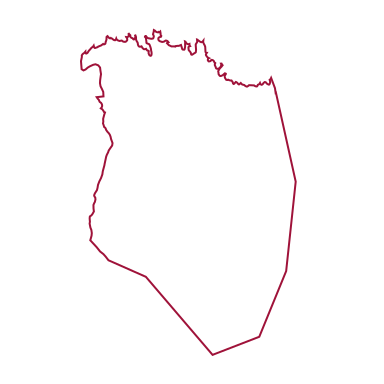 outline of Aconibe, Wele-Nzás, Equatorial Guinea, rotated 357°
{"feature_id": "11065452B89932418637458", "entity_name": "Aconibe", "entity_type": "district", "adm_level": 2, "iso_a3": "GNQ", "parent_name": "Equatorial Guinea", "parent_adm1": "Wele-Nzás", "projection": "equal_earth", "projection_center": [10.91, 1.339], "detail": "fine", "context": "isolated", "style": "outline", "palette": "rose", "viewbox_px": 384, "rotation_deg": 357, "n_neighbors": 0, "source": "geoboundaries", "source_scale": "gbopen_adm2", "svg_char_len": 5657}
<svg xmlns="http://www.w3.org/2000/svg" viewBox="0 0 384 384"><g transform="rotate(357 192 192)"><path d="M92.6,46.5L91.7,47.5L90.8,48.0L90.4,48.3L89.8,48.8L89.1,49.8L89.1,51.0L89.0,51.7L88.0,55.5L88.2,63.6L90.0,64.9L92.1,64.1L94.4,62.3L96.7,61.1L100.0,59.8L102.3,59.4L105.0,60.6L106.7,62.9L106.9,65.8L107.3,69.6L106.9,71.4L106.1,75.7L105.8,78.5L106.2,81.6L107.6,84.8L108.6,87.4L108.6,91.9L101.8,92.3L102.7,93.8L103.7,95.0L104.5,97.1L104.8,97.4L105.5,97.9L105.9,98.3L106.6,99.6L106.7,100.1L106.8,101.3L106.7,101.7L106.4,102.5L105.9,103.2L105.3,103.7L105.5,103.9L106.4,104.4L107.0,105.1L107.9,106.5L108.3,107.5L109.3,108.0L108.4,110.2L107.1,114.3L107.1,117.2L106.7,118.9L107.1,120.0L107.7,122.5L108.5,123.1L109.1,124.0L109.4,125.3L110.6,127.3L112.1,129.1L113.0,130.7L113.6,132.7L113.9,134.7L115.2,139.0L114.7,141.4L113.2,143.3L111.0,146.2L110.3,148.0L108.9,150.4L108.1,152.3L107.5,154.6L106.2,159.4L105.9,160.8L104.0,166.6L103.4,169.7L101.9,173.3L100.0,176.6L98.5,180.0L97.9,182.8L97.2,185.1L95.0,188.2L94.3,189.6L94.1,190.5L94.4,191.4L95.1,192.5L95.2,194.4L94.5,196.8L93.7,198.1L92.9,199.8L92.8,203.4L93.0,206.3L91.5,208.7L90.3,210.1L88.8,211.0L88.6,211.5L88.4,213.3L88.5,216.4L88.1,218.2L88.7,222.3L89.5,224.6L89.8,227.8L89.4,230.4L87.9,234.9L93.9,242.1L97.1,246.6L100.3,249.4L102.3,251.9L105.0,255.8L141.5,274.3L204.0,355.7L251.6,340.1L281.9,275.9L296.1,187.1L281.0,97.1L280.7,97.3L280.3,92.7L277.0,82.2L276.8,82.6L276.0,83.7L275.4,84.1L275.6,84.7L275.8,86.0L275.8,86.5L275.7,86.9L275.1,88.3L274.8,88.7L274.4,88.8L274.0,88.7L272.7,87.9L271.3,86.2L270.4,86.0L269.2,86.8L268.3,88.0L267.5,88.5L267.2,88.6L266.8,88.5L266.1,87.9L265.8,87.4L265.6,86.7L265.0,87.6L264.7,87.9L263.4,88.4L262.7,89.7L262.5,89.9L262.1,90.0L261.1,89.8L260.3,89.4L259.9,89.1L259.6,88.8L254.6,88.3L253.7,89.0L252.6,89.6L252.2,89.6L250.9,89.0L249.8,87.9L247.8,87.3L246.9,86.4L246.4,85.7L244.9,86.9L244.7,87.0L244.3,87.0L243.9,86.7L242.9,85.3L242.0,84.6L241.5,84.4L239.8,86.1L239.6,86.2L239.2,86.3L238.7,85.8L238.3,84.2L237.3,82.7L236.3,82.7L234.8,82.2L233.9,81.7L233.3,82.0L232.9,82.0L232.0,81.7L231.8,81.4L231.0,79.9L230.7,78.6L230.7,78.1L230.8,77.6L231.9,76.1L232.0,75.7L231.8,75.5L231.0,75.2L229.0,76.8L227.6,77.5L226.4,77.7L226.1,77.6L225.7,77.3L224.8,75.9L224.7,75.5L224.7,74.1L224.5,73.3L224.5,72.8L224.7,72.3L226.1,70.2L228.1,68.3L229.2,67.0L228.7,66.4L228.2,65.3L227.7,65.3L227.9,65.8L227.9,66.2L227.6,67.6L227.4,68.1L226.3,69.3L224.9,70.3L224.6,70.4L223.0,70.1L222.6,69.8L222.4,69.4L222.1,68.1L221.5,66.8L221.4,66.3L221.5,65.7L222.0,64.5L222.0,64.4L221.3,64.0L220.6,62.3L219.8,61.5L219.1,61.2L218.4,61.1L218.0,61.3L217.5,62.1L217.1,62.3L215.8,62.5L215.4,62.4L215.1,62.0L214.7,61.2L214.8,60.3L215.0,59.8L215.4,59.4L215.9,59.2L215.0,58.7L213.9,57.5L213.1,56.0L213.1,55.3L214.0,53.9L213.7,53.9L213.3,53.6L213.0,53.2L212.8,52.7L212.8,47.7L212.3,46.1L211.6,44.7L211.1,43.3L211.0,42.8L211.2,41.5L210.6,42.2L209.7,42.8L209.3,42.9L209.0,42.9L207.6,42.1L206.8,41.4L206.1,41.0L205.5,40.2L205.0,40.0L205.1,41.9L205.0,42.5L203.5,44.7L203.4,45.4L203.5,50.3L203.2,52.1L203.1,52.6L202.7,53.0L201.7,53.5L200.2,54.4L199.3,54.9L198.9,54.9L198.5,54.7L198.3,54.2L198.0,52.7L197.2,51.5L196.3,50.4L196.1,49.9L196.0,47.6L196.1,47.1L196.6,46.6L197.2,46.3L197.7,46.2L197.3,45.5L197.2,44.5L197.2,44.0L196.6,44.2L196.0,44.2L195.0,43.9L194.0,42.9L193.3,41.5L192.9,41.3L193.0,42.1L192.9,43.4L192.8,44.6L192.8,45.5L192.7,46.6L192.2,48.7L192.0,49.2L191.6,49.5L190.3,49.3L189.9,49.0L189.7,48.6L189.2,46.4L188.9,45.5L188.7,44.6L186.4,45.4L185.0,45.3L182.5,45.5L183.8,46.0L181.8,45.7L179.0,45.5L178.2,45.0L176.6,44.2L174.8,42.1L175.3,41.4L176.3,41.2L175.8,40.4L175.1,39.8L174.0,39.4L173.6,39.4L171.8,40.4L170.3,40.6L170.0,40.6L167.7,39.7L166.7,38.8L166.5,38.3L166.4,37.8L166.4,37.0L166.6,36.4L166.9,36.1L167.6,35.7L169.2,35.3L169.5,34.5L169.0,33.9L168.9,33.4L168.9,31.7L168.7,30.1L168.1,30.6L167.7,30.8L167.4,30.8L167.1,30.5L166.8,30.8L166.5,30.8L165.5,30.6L164.3,30.0L163.4,28.9L162.4,28.3L162.1,30.1L161.3,32.4L161.3,32.6L161.8,33.5L161.9,33.9L162.0,34.7L161.9,35.1L161.5,36.1L161.3,36.5L160.9,36.7L159.7,36.9L158.2,36.6L157.2,36.3L156.4,36.2L156.0,36.0L155.2,35.4L154.1,33.8L153.7,33.8L153.2,34.2L153.1,34.6L153.9,35.5L154.0,36.0L154.3,39.0L154.3,40.5L154.5,41.0L157.0,42.2L157.3,42.7L158.1,45.2L158.5,47.0L158.6,48.8L158.9,50.2L158.9,51.6L158.9,52.0L158.6,53.2L158.3,53.6L158.0,53.8L157.6,53.8L156.9,53.4L156.6,53.1L156.0,51.6L155.9,51.2L156.0,50.0L156.2,49.1L156.0,48.7L154.8,48.4L154.0,47.4L153.6,46.6L152.5,46.9L151.6,46.9L151.3,46.8L150.1,45.6L149.2,43.9L148.0,44.2L147.1,44.1L146.7,43.9L146.2,43.3L145.8,42.3L145.7,41.8L145.6,40.3L145.3,39.5L144.8,38.8L144.2,37.2L144.1,36.6L144.2,34.3L143.7,32.7L143.4,32.8L143.6,33.7L143.6,34.1L143.2,35.2L142.3,36.4L142.1,36.6L141.7,36.6L141.3,36.3L140.7,35.3L139.6,34.9L138.9,34.2L138.6,33.8L138.5,33.2L138.6,32.3L137.7,31.3L136.8,29.9L137.0,30.5L137.0,32.4L136.9,32.9L136.6,33.3L135.8,33.9L135.4,34.0L134.4,33.8L134.5,34.1L135.1,34.7L135.2,35.0L135.3,36.2L135.3,36.7L135.1,37.2L134.3,38.0L133.6,38.5L133.3,38.5L132.1,38.5L130.8,38.0L129.8,37.1L129.3,37.1L127.7,37.4L127.3,37.3L125.7,36.6L125.0,36.0L124.7,35.7L124.4,34.8L124.2,35.3L123.6,36.1L123.3,36.4L122.9,36.4L122.1,36.2L121.0,35.4L120.2,34.6L119.4,34.3L119.0,33.9L118.5,34.3L118.2,34.3L117.4,33.9L116.7,33.1L116.1,32.3L115.8,31.9L114.9,32.5L114.7,33.4L114.6,35.1L114.0,36.9L113.7,37.4L113.4,38.8L113.2,39.3L112.9,39.6L111.8,40.0L111.4,39.9L111.0,39.5L108.9,40.9L105.9,41.9L105.3,42.4L102.8,43.1L102.3,43.0L102.1,42.7L101.8,42.3L101.5,40.7L101.0,41.4L99.0,42.9L97.4,44.6L96.5,45.4L94.9,47.6L94.6,47.8L93.8,48.2L93.3,48.1L92.9,47.5L92.9,46.2L92.6,46.5Z" fill="none" stroke="#9f1239" stroke-width="2"/></g></svg>